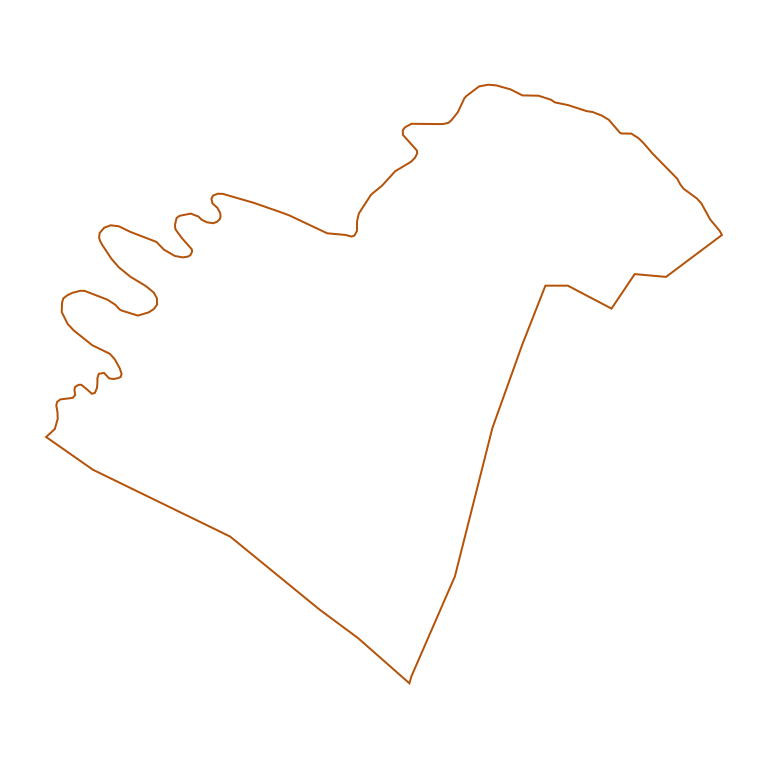 the district of Morgan, West Virginia, United States of America
{"feature_id": "52423323B26366836110936", "entity_name": "Morgan", "entity_type": "district", "adm_level": 2, "iso_a3": "USA", "parent_name": "United States of America", "parent_adm1": "West Virginia", "projection": "mercator", "projection_center": [-78.31, 39.544], "detail": "fine", "context": "isolated", "style": "outline", "palette": "amber", "viewbox_px": 768, "rotation_deg": 0, "n_neighbors": 0, "source": "geoboundaries", "source_scale": "gbopen_adm2", "svg_char_len": 2051}
<svg xmlns="http://www.w3.org/2000/svg" viewBox="0 0 768 768"><path d="M46.1,437.0L93.0,469.8L230.2,536.6L230.3,536.7L319.7,609.7L357.9,638.0L409.4,683.3L411.6,675.9L454.9,576.4L492.4,428.0L522.2,344.8L545.4,285.7L567.9,285.7L611.5,308.6L634.7,274.1L666.0,276.9L721.9,235.0L719.7,230.9L710.2,219.5L701.3,203.3L697.0,198.6L686.7,191.0L683.6,188.8L680.2,184.3L677.2,178.7L652.4,153.4L651.4,152.2L642.9,142.4L638.4,138.1L631.3,133.6L621.7,133.5L619.8,132.6L608.8,119.8L601.8,115.6L592.5,112.0L586.5,111.1L568.1,105.1L554.9,102.4L551.1,99.8L538.5,95.7L522.4,95.4L510.3,89.3L496.3,85.4L488.3,84.7L479.1,86.4L466.4,96.0L464.4,98.2L457.9,112.1L451.3,120.4L448.5,122.8L442.7,124.1L411.5,123.8L405.1,127.2L402.8,130.2L402.9,134.9L416.8,150.4L417.2,153.4L415.0,157.7L411.0,161.8L395.3,171.1L382.2,185.5L371.0,194.7L358.8,213.6L357.0,221.6L357.0,230.9L354.4,235.6L351.7,236.5L345.2,234.9L327.2,233.3L289.1,215.3L281.8,212.6L253.1,202.6L250.2,201.8L222.9,193.9L217.9,193.7L213.2,195.5L211.4,198.6L212.5,203.5L217.3,207.7L220.2,213.0L220.5,216.7L219.9,219.0L217.0,221.9L213.1,223.2L206.9,222.3L201.2,219.4L198.6,216.6L190.7,213.6L179.6,215.8L176.6,218.0L175.1,224.2L175.1,227.7L175.8,229.8L181.7,237.9L191.8,249.3L192.1,251.5L190.6,254.8L188.3,256.5L183.1,257.4L174.9,256.0L164.0,249.7L156.4,241.9L130.6,232.0L118.9,226.3L110.8,225.3L104.2,227.7L99.6,233.1L99.1,237.6L100.1,241.0L102.3,245.0L111.3,258.6L118.8,267.3L130.5,276.8L145.9,286.1L153.9,292.7L156.9,298.3L157.1,304.5L153.9,309.0L148.6,312.4L137.9,315.6L121.8,310.6L119.7,309.5L115.2,304.7L107.3,299.6L84.6,290.9L80.4,290.8L72.5,292.8L67.5,295.2L63.4,298.3L62.1,302.5L61.7,312.0L67.7,324.0L74.0,330.7L92.2,345.2L109.8,353.8L114.8,359.3L119.7,368.3L121.6,373.8L120.7,376.9L118.1,378.1L113.6,379.0L109.2,378.4L104.0,372.9L98.8,373.8L97.4,378.1L97.4,383.6L96.9,388.1L94.9,392.8L91.9,393.8L86.5,389.0L81.4,384.8L78.6,384.8L75.1,386.9L74.4,389.4L74.8,392.1L75.1,395.1L72.7,397.9L60.3,399.4L57.2,401.9L56.3,405.2L57.5,412.4L57.7,418.9L54.8,429.0L46.1,437.0Z" fill="none" stroke="#b45309" stroke-width="2"/></svg>